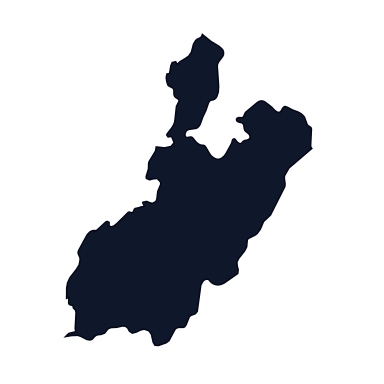 an SVG outline of Moselle, rotated 276°
{"feature_id": "FRA-5328", "entity_name": "Moselle", "entity_type": "Metropolitan department", "adm_level": 1, "iso_a3": "FRA", "parent_name": "France", "parent_adm1": "", "projection": "equal_earth", "projection_center": [6.833, 49.011], "detail": "fine", "context": "isolated", "style": "filled", "palette": "ink", "viewbox_px": 384, "rotation_deg": 276, "n_neighbors": 0, "source": "natural_earth", "source_scale": "10m", "svg_char_len": 3835}
<svg xmlns="http://www.w3.org/2000/svg" viewBox="0 0 384 384"><g transform="rotate(276 192 192)"><path d="M111.4,87.7L112.9,87.8L114.9,87.5L118.4,85.5L119.9,85.0L121.9,85.3L138.7,92.3L141.8,94.8L143.0,96.8L143.5,98.7L143.5,100.0L143.1,100.1L144.4,101.7L153.3,109.5L153.9,110.9L153.1,112.8L149.8,113.0L148.8,115.1L150.0,117.8L153.1,120.9L165.2,130.8L165.5,131.7L165.1,134.1L165.3,135.1L166.3,135.7L168.9,136.5L169.6,137.1L171.1,141.5L171.7,142.5L171.9,143.0L172.2,144.8L172.7,145.7L173.5,145.6L176.0,144.2L176.7,144.2L177.9,147.9L177.0,150.9L176.5,153.8L178.8,157.1L181.0,157.8L189.1,157.9L196.3,160.1L198.6,159.7L201.8,156.1L201.1,152.3L199.7,148.5L200.8,145.2L202.6,144.8L210.3,146.3L215.6,145.9L217.6,146.1L229.1,151.5L233.1,151.7L233.0,160.0L235.1,166.4L239.2,169.1L244.8,166.1L245.1,164.9L244.5,163.7L244.3,162.4L246.0,161.0L247.0,161.1L254.0,165.4L256.9,166.7L259.8,167.5L275.6,167.6L280.6,169.5L281.7,169.7L282.8,168.8L284.7,165.4L285.9,164.3L287.5,163.8L291.3,163.4L292.7,162.9L293.6,161.6L294.9,158.2L295.7,157.0L298.8,155.5L299.5,155.3L303.1,154.4L306.7,154.7L307.5,157.3L315.4,157.8L318.7,158.8L319.9,162.2L318.6,162.9L318.1,163.4L317.8,164.2L320.4,166.5L324.6,172.1L327.0,174.7L331.0,176.8L339.1,178.0L343.1,179.8L344.5,181.2L346.3,184.2L348.0,185.5L349.8,185.8L343.7,195.2L339.8,203.5L338.2,205.8L336.7,207.6L335.1,208.5L333.4,208.9L331.6,208.9L330.0,208.3L325.0,205.3L323.3,204.5L321.6,204.0L319.7,204.0L300.1,207.4L294.2,207.7L290.2,206.9L288.3,206.1L286.9,205.0L285.9,203.5L285.5,202.0L284.9,200.6L283.7,199.6L282.0,199.0L274.6,197.3L267.4,194.8L260.0,193.0L258.1,192.0L256.6,190.8L255.7,189.4L254.0,182.6L253.3,181.1L252.0,179.8L249.2,178.9L247.2,179.2L245.8,180.2L245.6,181.6L246.6,184.7L246.5,186.1L245.6,187.4L242.7,190.2L241.5,191.6L240.0,194.3L239.9,194.6L239.7,195.3L239.6,196.4L239.6,197.7L239.6,198.7L239.3,199.7L238.2,200.9L231.6,205.7L229.8,207.5L228.7,209.2L227.9,210.8L227.4,212.3L227.2,213.7L227.3,215.2L227.9,216.7L228.9,218.2L230.2,219.4L231.3,220.4L234.2,222.0L244.5,226.3L248.1,226.9L249.1,227.7L249.2,229.0L246.2,232.0L245.2,233.9L245.2,235.6L246.4,236.7L247.7,237.5L248.6,238.9L249.6,241.8L250.4,243.1L251.8,244.0L253.5,243.9L255.2,243.0L256.3,241.6L258.4,238.4L259.9,237.6L261.3,237.1L263.7,236.6L265.3,235.6L266.2,234.1L266.2,232.3L266.7,230.2L267.6,229.0L269.0,228.6L270.2,229.2L270.8,230.4L271.0,231.7L271.0,233.1L271.2,234.4L272.3,235.4L275.4,236.3L277.0,237.1L287.4,247.2L288.5,248.4L289.3,249.7L289.7,250.9L289.9,251.8L289.8,253.0L289.7,253.7L289.1,255.3L284.7,262.4L281.7,265.9L280.3,268.5L280.2,270.2L281.0,271.5L282.4,272.5L284.3,273.2L285.8,274.1L286.8,275.4L286.3,277.9L284.1,283.4L282.6,289.2L281.3,292.3L279.9,294.2L278.2,296.0L270.9,299.6L269.9,300.9L268.6,303.5L267.1,304.2L249.6,305.2L247.8,306.6L226.0,285.9L217.7,282.3L215.2,282.4L209.9,283.7L207.2,283.8L177.4,272.5L170.0,266.2L162.3,263.9L157.6,261.2L155.9,259.5L151.5,252.7L150.0,252.0L143.2,252.1L138.9,250.5L130.9,245.4L127.1,244.0L123.2,244.7L119.4,246.1L115.7,246.0L104.9,233.6L103.0,230.3L102.3,227.5L102.4,224.8L103.2,222.2L104.6,219.9L106.3,218.2L106.8,217.3L106.9,215.7L106.0,213.6L104.3,212.1L100.4,210.5L73.8,209.7L71.2,207.9L69.1,203.7L67.5,202.3L59.2,200.0L57.1,198.8L56.4,197.3L55.9,192.6L55.1,190.9L53.9,189.6L41.7,184.6L39.3,182.0L35.8,174.6L35.7,171.2L38.5,169.1L46.3,166.5L49.5,163.6L50.6,158.7L49.3,155.1L46.8,151.1L45.4,147.3L47.1,144.3L50.1,142.2L51.5,139.9L51.5,137.0L49.6,131.3L48.7,125.6L47.3,122.9L42.5,119.8L40.9,116.6L40.1,113.0L39.4,111.6L38.1,110.2L35.8,108.6L34.8,107.6L34.2,106.1L34.3,103.0L36.8,96.6L37.5,93.5L36.7,87.5L35.0,81.4L38.5,84.3L40.9,91.0L44.1,90.1L59.7,89.3L62.4,88.5L64.2,86.2L66.4,85.5L66.9,84.3L66.9,82.8L67.8,81.3L69.1,80.9L74.3,80.5L73.1,78.4L83.6,77.4L88.8,77.8L93.8,79.5L94.2,79.7L102.9,85.1L107.7,87.4L111.4,87.7Z" fill="#0f172a" stroke="#020617" stroke-width="1.5"/></g></svg>